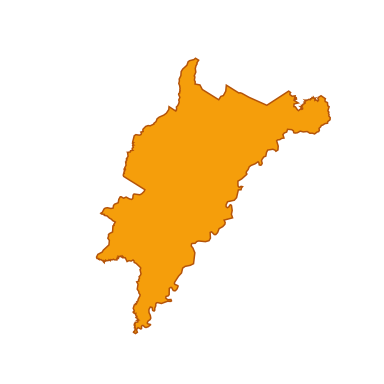 Lago Agrio, Sucumbios, Ecuador (Mercator projection), rotated 122°
{"feature_id": "8360857B32687179357863", "entity_name": "Lago Agrio", "entity_type": "district", "adm_level": 2, "iso_a3": "ECU", "parent_name": "Ecuador", "parent_adm1": "Sucumbios", "projection": "mercator", "projection_center": [-76.699, 0.129], "detail": "fine", "context": "isolated", "style": "filled", "palette": "amber", "viewbox_px": 384, "rotation_deg": 122, "n_neighbors": 0, "source": "geoboundaries", "source_scale": "gbopen_adm2", "svg_char_len": 6039}
<svg xmlns="http://www.w3.org/2000/svg" viewBox="0 0 384 384"><g transform="rotate(122 192 192)"><path d="M76.7,259.9L78.6,260.5L81.9,263.6L83.5,264.3L87.2,263.5L92.6,265.0L95.6,265.0L99.2,263.1L103.0,262.7L104.6,261.5L107.0,260.7L108.3,258.9L110.4,257.1L112.1,256.3L112.5,255.6L113.3,255.7L114.5,254.9L115.4,255.4L116.4,255.0L118.2,252.4L121.0,252.0L122.3,250.6L124.3,250.1L126.5,249.9L128.2,250.3L129.9,248.9L131.6,249.0L131.6,248.6L132.0,248.8L131.8,256.7L134.3,255.4L138.8,255.5L141.8,256.7L145.9,259.5L148.4,260.4L151.3,259.8L154.0,260.7L154.5,260.3L158.0,262.5L158.9,264.4L160.9,266.0L164.5,266.8L165.4,266.6L166.6,265.5L168.3,267.1L168.8,266.1L170.3,265.7L171.6,266.6L173.1,270.0L174.9,270.8L181.1,268.8L181.1,268.3L181.7,268.3L181.5,267.9L182.2,268.2L182.5,267.4L183.3,267.2L183.2,266.4L184.0,267.0L185.3,265.4L186.6,265.9L187.9,264.9L188.0,264.3L189.6,266.0L190.8,265.6L192.3,267.4L192.3,266.9L193.1,267.2L195.6,265.1L198.4,265.2L198.4,264.7L199.0,264.9L199.5,264.2L200.7,264.3L201.5,263.7L201.8,264.1L204.3,262.1L207.0,261.9L207.5,261.2L208.2,261.6L208.4,260.6L209.0,261.0L209.0,260.5L209.7,260.7L210.4,260.1L211.3,260.3L212.1,259.3L212.8,259.7L214.2,259.2L215.0,258.2L215.0,233.2L216.9,232.9L220.2,233.7L222.0,234.8L224.4,240.1L225.8,240.3L228.9,238.8L230.3,239.3L231.0,241.4L231.2,245.2L233.5,246.7L233.6,249.6L234.1,250.3L237.0,250.2L240.2,248.9L243.4,251.2L245.0,251.4L247.5,250.4L249.0,252.1L250.2,255.5L251.7,257.1L253.0,257.6L256.9,257.3L258.4,258.1L258.6,257.1L257.5,254.5L258.3,254.0L257.3,251.4L257.9,248.2L257.8,245.6L258.3,244.4L258.1,241.1L261.0,241.1L261.7,240.4L262.6,241.1L268.0,238.2L271.2,240.1L272.6,240.2L273.5,239.4L275.8,238.9L276.9,236.4L280.9,234.4L288.3,236.4L290.5,236.3L294.8,238.8L297.8,238.5L298.7,237.4L298.1,236.5L298.6,235.7L298.0,235.2L298.4,234.3L297.5,233.4L297.7,231.5L297.2,231.0L297.6,230.7L297.3,230.2L298.2,229.9L298.4,229.0L297.6,229.4L296.1,228.6L296.0,229.3L295.6,229.3L295.6,228.0L294.2,226.4L293.4,226.5L293.5,224.8L292.3,225.0L291.8,223.7L290.7,223.0L290.6,221.8L289.4,219.7L288.5,220.3L288.1,219.7L287.3,220.4L287.1,219.4L285.7,220.6L285.3,219.0L284.6,219.0L283.9,218.2L284.4,217.9L284.5,215.9L284.1,215.5L283.5,216.1L283.8,214.7L283.1,213.8L285.4,210.2L283.6,209.1L282.8,207.0L280.9,206.0L281.2,204.6L282.4,203.7L282.1,201.7L283.4,195.5L284.4,194.8L285.3,195.0L288.4,191.9L290.1,191.6L291.9,192.0L292.8,190.9L294.7,190.8L295.7,189.9L297.5,191.3L298.8,188.9L303.4,187.0L304.6,184.4L305.8,183.5L306.6,181.6L307.7,181.1L311.6,180.8L312.8,180.1L314.4,180.7L314.8,180.0L315.9,180.0L316.5,180.8L317.1,180.0L318.3,181.1L321.8,180.2L323.3,178.0L324.9,178.3L324.7,177.5L325.4,177.3L325.4,176.0L324.7,175.3L325.9,174.8L326.7,173.6L326.6,172.9L328.2,173.0L328.0,171.2L328.7,171.1L328.8,169.9L329.1,170.4L329.4,169.8L329.9,170.2L329.7,169.5L331.1,169.1L332.5,171.0L333.3,170.6L333.7,171.0L334.3,170.5L334.7,170.8L335.1,170.0L335.4,170.4L335.8,170.1L335.8,170.6L336.1,169.2L337.5,168.9L337.2,168.2L338.0,167.9L338.2,166.7L338.9,167.4L340.4,166.9L341.2,167.5L342.0,167.3L342.0,164.9L339.9,164.0L338.2,166.2L335.6,165.9L335.3,162.8L334.6,162.4L332.8,163.6L331.6,163.5L331.1,162.6L331.6,160.3L331.3,159.2L329.4,157.7L326.6,156.8L326.4,157.3L327.2,159.5L326.8,160.6L324.8,160.9L322.4,159.9L320.8,160.1L318.7,162.0L317.1,164.5L315.4,165.7L314.3,166.3L311.6,166.4L311.1,164.6L313.3,162.6L313.1,161.1L312.1,160.9L310.2,162.0L307.7,162.4L306.2,163.4L304.8,163.4L303.9,162.3L302.8,158.9L297.7,154.9L296.0,152.0L295.2,151.7L294.3,152.9L296.2,155.5L295.9,158.1L294.4,158.7L292.6,157.1L291.1,157.0L285.8,160.2L284.2,159.5L283.8,158.7L285.5,155.7L284.9,154.1L284.3,153.7L282.0,153.3L279.4,153.8L278.9,154.3L279.4,157.6L279.1,158.3L277.8,158.9L270.4,158.8L266.2,158.0L261.5,159.6L258.7,158.4L255.1,154.6L252.0,152.7L242.0,157.4L239.0,161.6L238.2,164.0L236.2,164.9L235.5,164.6L233.9,162.2L231.5,161.7L230.0,160.4L227.0,154.3L224.3,151.8L221.4,151.9L216.7,155.2L215.4,154.3L216.3,150.5L215.5,149.3L212.9,148.8L208.7,149.6L205.1,147.6L202.0,147.0L200.3,147.7L198.8,149.9L192.4,143.9L190.0,146.8L186.4,148.1L182.6,151.3L182.3,152.4L182.9,152.9L185.3,152.9L186.6,153.7L186.4,155.3L184.8,156.3L181.4,156.7L176.6,151.8L173.2,151.2L165.7,153.8L164.1,151.6L162.3,152.2L160.7,152.0L161.2,153.4L162.8,154.2L163.0,154.9L162.4,156.3L158.5,158.8L154.6,156.8L148.1,154.9L147.6,155.0L147.3,156.1L145.8,156.6L143.3,156.3L140.3,156.8L138.2,156.0L134.6,153.4L131.4,152.0L131.6,151.0L133.4,149.3L133.0,148.1L132.2,147.5L130.4,147.7L128.7,149.6L127.3,149.9L124.2,149.7L122.5,148.4L118.9,149.8L116.3,150.0L112.9,146.1L112.5,143.9L113.0,142.4L110.8,141.4L107.4,143.2L103.7,147.4L102.4,147.0L101.1,145.3L99.0,144.3L97.5,142.6L95.2,145.3L93.0,145.0L91.0,143.5L88.2,144.2L86.3,140.5L86.4,138.5L87.8,137.1L87.4,135.8L86.0,134.1L83.0,132.4L82.1,129.5L79.7,126.4L79.7,123.2L78.3,121.0L77.8,118.8L74.7,117.6L73.7,116.6L72.2,116.7L70.7,118.0L68.5,117.4L67.0,117.6L66.0,116.6L63.7,115.6L61.8,113.5L60.4,114.2L57.6,113.2L55.7,114.2L55.0,116.3L53.7,116.8L52.8,118.1L51.7,118.2L51.2,119.8L47.0,120.9L46.9,122.6L44.4,124.5L44.7,127.0L43.4,128.1L42.2,128.3L42.0,133.6L44.9,135.0L46.0,134.8L46.9,133.4L48.4,133.5L48.1,134.8L48.6,135.8L47.9,136.5L48.8,136.6L47.9,137.3L47.3,137.2L47.8,137.6L47.2,139.4L48.1,139.1L48.4,140.3L49.6,140.0L50.1,140.9L51.1,140.6L51.6,142.1L53.4,143.1L53.6,143.8L53.1,144.3L54.2,143.9L54.4,144.7L54.6,144.0L55.1,144.3L56.1,143.6L56.5,144.4L57.1,143.3L58.9,144.4L60.5,144.0L60.6,145.0L61.7,144.3L62.2,145.2L62.3,144.2L63.2,143.9L62.3,143.5L62.2,142.6L63.0,142.3L63.0,142.9L64.0,143.1L64.1,143.9L66.6,144.8L66.4,146.3L65.0,149.4L65.6,150.9L63.2,152.1L60.2,149.1L60.2,153.9L59.1,153.8L57.9,152.6L56.8,153.5L56.8,154.2L58.2,154.7L55.8,155.5L57.7,157.8L57.5,160.6L56.9,161.1L55.4,161.1L55.2,163.5L78.8,174.5L81.5,194.0L81.9,202.0L82.4,203.9L83.2,204.7L83.2,219.5L88.6,216.8L93.6,216.5L95.7,218.2L99.6,218.2L99.6,237.6L97.0,242.0L98.8,246.6L96.8,247.7L95.8,249.3L92.9,250.5L92.4,251.6L88.3,252.3L85.6,254.6L82.9,255.5L80.6,255.6L79.9,256.3L76.7,256.2L76.7,259.9Z" fill="#f59e0b" stroke="#b45309" stroke-width="1.5"/></g></svg>